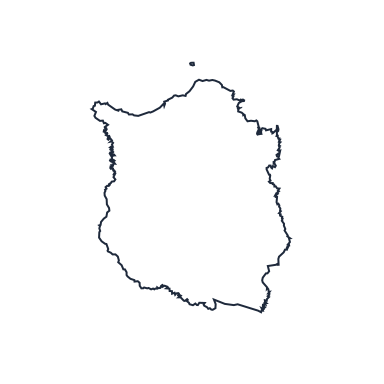 Waropen, Papua, Indonesia, rotated 41°
{"feature_id": "22746128B12986554349068", "entity_name": "Waropen", "entity_type": "district", "adm_level": 2, "iso_a3": "IDN", "parent_name": "Indonesia", "parent_adm1": "Papua", "projection": "albers", "projection_center": [136.631, -2.729], "detail": "fine", "context": "isolated", "style": "outline", "palette": "slate", "viewbox_px": 384, "rotation_deg": 41, "n_neighbors": 0, "source": "geoboundaries", "source_scale": "gbopen_adm2", "svg_char_len": 6028}
<svg xmlns="http://www.w3.org/2000/svg" viewBox="0 0 384 384"><g transform="rotate(41 192 192)"><path d="M227.4,290.2L227.7,288.9L229.0,287.9L228.3,286.8L229.7,286.7L231.0,285.2L230.3,283.2L230.8,280.8L231.3,282.9L231.9,283.1L232.8,280.7L235.7,279.6L236.3,279.8L235.9,281.5L238.4,279.7L240.1,281.4L241.9,280.0L243.7,281.8L244.9,279.5L246.7,280.6L246.7,278.8L248.0,277.3L248.7,277.3L249.3,279.2L250.0,279.2L250.5,277.8L251.6,277.6L251.1,280.2L252.5,279.0L257.2,279.4L258.1,278.9L258.6,276.1L259.6,276.2L260.0,277.7L262.3,277.6L263.8,278.3L267.0,276.8L267.7,274.0L269.8,274.1L270.6,273.5L270.2,270.8L274.4,267.4L274.6,269.3L275.8,269.8L279.0,269.1L280.9,269.5L281.7,268.0L283.7,268.1L284.9,267.3L285.9,264.3L283.4,261.1L279.1,258.8L290.2,254.9L297.8,249.9L300.1,246.8L319.7,238.2L323.0,237.4L322.3,235.9L323.3,235.1L320.9,234.1L323.7,233.5L322.5,233.2L322.7,231.1L320.7,232.1L319.8,230.9L321.1,230.6L320.1,229.6L321.4,228.8L319.7,228.0L320.9,227.0L319.1,226.9L318.0,225.9L319.7,225.0L318.8,223.6L319.0,220.7L317.5,220.9L317.8,219.0L317.1,218.0L316.1,218.7L316.0,216.5L315.5,217.1L313.4,215.3L312.0,215.0L312.0,215.8L311.2,214.7L304.7,213.8L302.9,212.6L301.6,210.2L301.2,204.9L302.3,203.9L302.2,201.2L297.8,198.1L303.0,192.0L303.6,190.3L304.3,190.8L305.1,190.1L301.1,185.9L300.1,183.7L300.8,177.4L300.0,174.5L301.4,173.2L300.3,172.2L300.1,171.5L301.0,171.9L300.6,170.4L300.1,170.4L300.3,169.3L299.5,168.8L300.1,168.4L299.2,167.7L298.8,168.1L298.7,165.5L295.5,163.3L296.2,162.6L293.0,162.9L292.8,162.0L287.1,160.3L286.7,158.7L283.4,157.1L282.3,155.6L278.7,154.8L278.6,153.8L277.5,153.2L277.6,152.5L276.8,152.4L276.4,151.5L274.1,152.0L273.7,151.0L273.3,151.4L272.1,150.4L271.6,150.7L271.6,148.2L270.7,148.3L269.5,146.5L267.3,145.9L266.7,144.8L264.9,144.2L264.5,145.3L262.5,144.2L259.4,139.9L258.5,140.7L257.9,139.6L257.1,140.4L256.6,138.1L257.6,138.1L257.9,136.9L256.8,136.6L257.1,134.5L256.0,134.7L255.7,132.1L253.9,133.4L251.4,132.8L250.6,133.8L249.2,132.5L247.8,133.1L247.1,132.3L245.2,133.9L243.3,133.7L243.8,131.9L242.0,131.1L240.2,128.2L239.5,127.8L238.8,128.4L233.5,126.0L232.5,124.9L233.3,123.4L232.9,121.4L234.0,120.5L235.7,121.6L236.9,121.6L236.1,119.3L238.3,118.8L238.0,117.2L235.7,116.4L235.1,117.1L233.9,115.8L234.5,115.0L233.7,113.4L236.1,109.8L234.9,109.6L234.1,108.5L232.8,109.3L231.5,108.6L231.9,106.5L233.6,106.9L231.4,102.9L230.9,103.8L229.8,103.0L230.2,104.0L229.4,104.2L229.0,101.0L227.9,100.5L228.1,99.6L226.8,99.7L225.9,97.9L226.0,96.5L224.7,97.1L224.1,94.7L223.4,95.2L222.8,94.3L222.1,95.0L220.2,93.9L219.2,94.2L219.4,93.1L218.5,93.0L216.8,91.2L217.0,89.4L216.1,87.9L213.2,86.0L212.7,86.4L215.0,89.2L214.4,94.6L214.2,95.0L213.3,94.0L212.1,94.5L210.5,92.6L207.4,96.9L206.0,96.1L203.2,97.7L203.1,99.4L203.9,99.7L204.5,101.2L206.2,102.6L205.8,102.9L204.1,101.3L203.3,102.8L202.0,102.8L203.0,105.3L203.9,105.4L204.1,104.3L204.9,104.1L203.7,105.6L202.9,105.4L202.2,104.2L201.3,100.9L200.6,101.5L201.1,100.6L200.6,99.5L199.9,100.0L198.8,99.7L200.1,99.4L194.9,95.8L193.6,95.8L193.0,97.4L189.8,99.5L187.5,102.2L183.9,101.4L181.3,99.3L180.6,99.4L180.3,100.4L179.2,99.5L177.4,99.5L174.0,100.9L172.7,99.2L172.8,98.1L171.6,99.8L172.7,97.5L171.3,98.3L170.6,98.0L170.9,97.6L170.0,97.7L168.9,94.1L170.1,90.7L171.5,89.3L171.2,88.6L169.8,88.8L169.2,89.7L168.5,89.4L169.3,90.3L169.1,91.3L169.0,90.3L168.2,90.3L168.0,91.6L165.0,92.6L162.8,95.0L161.0,94.6L160.5,92.5L159.3,92.8L159.4,90.9L158.6,91.4L157.7,88.7L156.2,88.7L154.7,90.5L146.9,92.3L146.2,93.1L144.3,91.6L140.6,91.3L136.3,92.8L133.9,94.1L131.8,96.8L129.4,97.9L127.2,101.3L123.6,102.7L122.2,106.7L123.6,111.6L124.0,117.6L123.2,121.9L124.1,123.7L121.6,125.1L118.9,128.8L116.3,129.7L115.2,131.0L115.2,133.7L113.3,138.2L113.8,138.7L111.8,142.0L113.7,143.0L114.5,145.1L112.7,143.7L112.4,149.5L109.7,156.9L108.4,159.4L107.2,159.9L101.5,169.8L98.0,172.2L96.2,172.4L93.5,174.9L91.7,174.3L86.5,176.9L84.4,176.0L82.4,178.4L82.9,179.0L80.0,180.2L71.4,181.1L69.7,180.3L69.2,182.3L68.2,182.2L65.8,185.5L62.4,184.8L62.0,186.4L60.3,188.0L62.1,190.6L61.4,191.7L62.5,194.3L62.0,195.2L67.0,194.6L68.4,198.6L70.5,199.3L75.9,198.7L77.9,196.6L80.4,197.9L81.3,196.7L84.5,196.4L83.5,200.2L84.2,200.8L85.4,200.1L86.5,200.7L86.6,201.6L85.0,203.0L86.2,205.1L85.8,202.8L86.5,202.4L88.1,204.4L89.3,203.2L89.9,203.6L89.8,205.5L92.0,204.9L92.7,204.0L93.6,204.4L93.9,205.1L92.8,205.8L93.5,207.4L94.6,207.4L94.8,205.1L97.7,205.6L97.5,207.4L98.1,206.6L100.2,206.7L100.4,208.7L102.5,209.8L101.1,211.0L101.0,211.9L102.4,211.1L103.5,211.6L102.3,212.6L102.5,213.5L103.6,213.4L104.4,212.3L105.2,213.4L107.1,213.6L105.4,214.1L104.4,215.8L104.6,216.9L106.7,217.6L106.7,216.9L105.1,216.0L105.3,215.1L107.1,216.1L108.6,214.9L109.6,215.1L108.6,216.0L108.5,218.2L110.9,220.1L110.7,220.8L109.2,221.1L109.5,222.1L110.7,222.1L111.9,219.2L112.9,219.2L111.9,221.6L112.4,221.9L113.5,220.8L115.3,221.2L114.1,222.1L114.8,223.4L113.7,224.5L115.4,225.0L115.1,225.9L113.9,226.3L114.6,227.5L115.1,227.6L115.0,226.7L116.1,227.1L117.2,226.3L118.5,227.5L119.2,227.4L119.4,226.8L120.9,227.3L121.0,228.3L121.7,228.3L121.0,228.6L121.3,229.8L122.1,229.0L123.0,232.3L125.9,232.8L126.2,235.0L124.6,236.9L124.9,238.4L124.3,240.1L125.0,240.5L124.0,241.7L125.0,240.8L125.2,242.0L123.9,243.0L123.6,245.0L125.3,245.6L124.9,247.4L125.9,247.9L126.5,250.0L128.5,252.0L132.3,253.4L135.9,257.2L139.9,258.5L141.9,260.3L141.4,263.1L143.6,266.8L142.9,269.9L143.0,274.3L144.6,276.8L143.9,278.0L144.9,278.0L145.9,280.2L148.3,281.7L148.4,283.1L151.8,287.4L156.1,288.5L160.4,288.1L161.5,287.4L166.2,290.0L166.8,291.7L167.5,292.0L170.5,291.1L173.0,291.2L175.2,289.3L178.4,289.4L181.7,291.6L182.4,293.4L186.9,293.4L190.9,295.4L192.2,294.4L195.3,295.5L197.1,297.6L198.7,298.0L202.5,297.9L206.3,296.3L207.4,297.3L209.6,294.9L212.0,294.9L214.1,297.1L217.0,297.9L218.4,296.6L218.5,295.5L221.4,294.1L222.2,292.9L225.0,292.3L226.0,290.4L227.4,290.2ZM110.2,94.9L108.4,93.4L106.5,95.1L106.2,96.2L107.4,96.9L109.6,95.9L110.2,94.9ZM204.2,101.0L202.9,99.7L201.6,100.8L202.0,102.1L203.0,101.0L204.2,101.0Z" fill="none" stroke="#1e293b" stroke-width="2"/></g></svg>